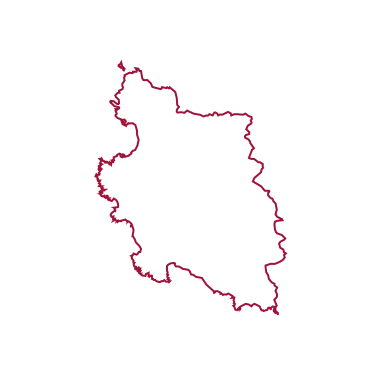 Nossa Senhora Do Monte, Brava, Cabo Verde (Mercator projection), rotated 336°
{"feature_id": "66160863B40523802781782", "entity_name": "Nossa Senhora Do Monte", "entity_type": "district", "adm_level": 2, "iso_a3": "CPV", "parent_name": "Cabo Verde", "parent_adm1": "Brava", "projection": "mercator", "projection_center": [-24.736, 14.849], "detail": "fine", "context": "isolated", "style": "outline", "palette": "rose", "viewbox_px": 384, "rotation_deg": 336, "n_neighbors": 0, "source": "geoboundaries", "source_scale": "gbopen_adm2", "svg_char_len": 6090}
<svg xmlns="http://www.w3.org/2000/svg" viewBox="0 0 384 384"><g transform="rotate(336 192 192)"><path d="M194.6,60.7L193.3,60.2L193.0,57.4L190.8,56.0L191.2,58.4L190.2,59.6L187.1,58.1L186.9,59.0L185.9,59.1L183.3,57.6L177.8,57.9L177.7,59.0L176.4,60.0L175.8,62.7L172.3,64.9L171.5,66.9L171.6,68.2L170.3,69.8L166.5,69.8L166.2,71.8L164.3,71.2L161.2,72.5L161.2,74.4L162.6,77.9L161.4,81.3L160.6,81.7L159.4,81.1L157.3,77.2L154.8,75.7L154.0,76.3L154.0,77.1L154.7,77.1L154.3,77.6L156.1,82.1L159.7,84.8L159.7,85.6L158.8,86.2L156.0,85.2L156.3,86.6L155.2,86.7L155.1,89.9L153.5,90.5L153.1,91.3L154.0,94.1L158.0,98.0L159.6,98.3L160.3,99.8L160.2,100.7L158.7,101.5L156.5,98.3L156.2,101.8L158.6,104.6L159.0,103.6L160.7,104.0L161.8,103.1L163.0,104.1L165.8,105.0L167.5,107.9L166.7,113.6L165.1,117.4L164.5,122.7L161.0,127.4L157.3,130.4L154.3,130.4L152.5,131.2L152.5,131.8L151.2,132.7L150.1,132.5L149.0,133.1L145.2,132.6L145.2,130.6L144.3,130.3L143.9,128.6L143.5,132.0L142.5,132.0L141.2,130.6L142.2,128.4L141.3,127.5L140.7,128.0L139.7,127.4L138.1,128.0L138.0,128.6L134.6,128.4L134.0,130.2L133.0,130.4L133.5,131.5L132.7,131.8L131.6,131.0L131.8,132.5L130.6,132.0L129.2,134.1L128.8,132.2L128.2,133.4L127.7,133.1L128.1,132.0L126.6,129.7L126.0,129.6L125.9,130.4L124.4,129.6L124.6,128.3L123.4,127.6L123.1,125.0L122.5,125.7L122.0,124.3L121.0,124.1L121.9,126.8L119.7,128.2L121.0,129.9L119.7,129.9L119.7,130.5L118.9,130.5L118.7,131.0L118.3,130.3L117.5,130.3L117.1,131.0L118.2,133.1L116.7,132.4L115.9,133.1L115.9,134.0L117.6,134.8L114.7,136.6L115.0,137.5L114.4,137.8L115.1,138.9L113.3,137.9L112.0,138.8L111.7,137.1L110.2,138.5L111.6,139.9L111.0,141.7L112.2,142.3L110.8,142.1L110.6,143.4L112.4,144.1L111.4,144.5L111.8,145.1L110.5,146.2L111.5,147.6L109.5,148.8L112.2,150.2L111.0,150.5L110.8,151.3L111.9,152.1L110.9,152.7L111.5,153.6L113.6,154.6L112.1,154.9L111.0,154.1L109.3,154.5L108.7,153.9L107.6,154.3L107.7,155.2L109.8,155.0L109.6,155.9L110.6,156.1L108.9,156.6L107.2,156.3L107.7,156.8L107.4,158.3L108.5,159.6L110.2,159.7L109.8,160.5L110.5,162.0L112.3,160.7L113.1,161.0L113.4,161.7L112.2,163.0L113.8,164.0L112.3,164.4L112.3,165.0L112.7,165.4L113.2,164.6L113.7,164.8L114.0,166.6L115.1,167.6L118.0,166.2L119.5,168.7L119.8,171.4L119.3,174.0L118.2,175.7L114.4,174.6L115.0,175.3L114.3,175.8L114.7,177.2L114.0,178.3L112.9,177.8L109.7,178.7L108.3,179.9L108.3,181.9L110.3,182.3L108.9,184.4L110.5,184.9L108.6,186.2L110.7,186.2L111.5,187.7L111.1,188.3L112.4,188.0L112.1,189.0L113.4,188.7L115.4,189.8L115.6,189.4L120.1,190.1L120.6,191.9L121.4,192.4L121.1,192.9L121.7,192.6L123.1,194.6L123.8,196.8L123.7,197.8L122.5,197.8L122.3,198.3L123.4,198.1L123.6,198.7L123.2,202.9L119.7,208.2L120.1,208.4L120.5,212.5L120.2,215.0L122.0,219.9L122.3,223.3L120.2,225.8L119.0,225.2L116.6,226.7L115.7,226.6L113.6,224.5L112.8,225.4L110.6,225.6L111.1,226.2L110.0,228.0L110.7,230.8L109.9,232.2L110.7,233.3L109.4,233.9L109.0,236.3L110.5,237.6L110.2,238.2L109.3,238.1L108.8,239.4L109.6,240.1L112.7,239.2L112.9,240.1L111.6,239.6L111.0,240.3L113.7,240.9L113.2,241.8L110.2,242.2L110.7,243.4L112.3,243.6L110.9,244.8L111.7,246.1L112.5,246.1L112.0,247.0L112.9,248.3L115.4,249.7L116.7,248.2L119.5,248.2L118.6,249.7L119.0,250.6L118.0,251.5L118.4,252.1L120.6,251.7L121.3,252.1L120.2,255.3L121.1,255.7L121.2,256.7L122.5,257.3L123.4,259.2L125.9,261.3L127.9,261.0L129.3,261.7L130.9,261.2L131.6,263.2L133.8,264.3L134.2,265.1L135.4,264.6L134.5,264.2L135.6,263.0L134.3,261.9L135.7,261.0L134.9,260.2L135.1,259.0L136.5,257.9L135.7,257.1L137.1,255.5L137.1,253.7L139.0,249.5L140.3,248.8L143.2,248.5L146.7,249.4L147.4,250.4L146.7,251.2L147.0,253.4L149.9,254.9L152.5,258.6L156.9,261.5L157.7,263.5L157.6,267.0L159.5,268.2L161.1,271.1L166.1,274.6L167.5,282.6L171.6,291.6L171.2,293.1L172.1,293.1L173.0,292.2L175.0,293.0L177.2,295.7L176.6,296.6L177.6,296.8L178.4,298.7L179.7,298.5L181.5,299.7L183.8,299.5L186.7,303.4L186.3,304.1L186.8,304.7L185.7,305.0L187.7,305.7L185.8,308.1L185.9,309.8L184.9,310.7L185.6,311.7L184.8,312.7L183.5,312.8L184.0,313.8L183.7,317.0L185.1,318.3L187.0,317.2L187.1,318.4L187.6,317.8L188.3,318.7L188.8,318.1L188.6,316.8L189.4,316.4L195.5,316.0L198.1,317.9L199.8,320.6L201.4,319.7L203.6,319.6L207.2,323.9L207.4,328.4L208.9,329.1L209.0,329.8L212.9,330.3L214.0,329.1L215.4,328.9L216.0,329.7L216.1,331.7L216.9,329.9L219.1,329.4L220.4,330.2L220.5,331.0L218.4,333.5L218.3,334.4L219.0,336.4L220.3,337.0L220.9,339.2L221.2,337.4L219.9,334.4L221.4,331.2L223.2,330.2L223.3,323.9L226.5,322.6L227.4,321.6L228.1,319.6L228.1,316.3L230.9,313.9L229.4,310.9L230.0,309.3L228.0,306.9L226.9,302.7L227.7,298.8L227.2,295.3L229.0,289.5L229.3,289.1L234.6,289.6L238.6,291.4L243.0,291.5L247.1,291.1L250.1,289.6L250.4,287.1L252.8,286.2L251.5,284.6L252.0,281.7L249.9,278.7L250.6,274.5L252.5,273.4L256.6,273.1L258.3,272.4L256.5,267.7L253.1,264.6L252.4,262.9L252.6,260.0L254.1,255.2L255.6,252.9L257.8,252.9L263.2,254.6L263.1,253.2L261.8,252.7L261.9,251.8L259.8,249.5L259.2,246.4L262.3,242.6L263.7,236.5L262.7,233.9L262.7,230.8L261.4,229.6L260.2,226.1L261.0,224.0L262.8,223.1L262.9,222.3L259.0,220.4L257.5,215.0L251.9,207.1L254.8,204.5L263.0,202.1L264.8,199.6L266.8,198.8L267.0,197.2L268.0,195.3L266.4,192.7L264.6,191.7L262.3,187.2L259.4,185.7L257.8,184.1L264.0,177.9L266.4,177.2L265.2,171.2L265.5,169.4L264.8,166.6L262.7,164.1L262.8,162.9L264.2,161.9L267.8,162.3L268.7,160.6L267.1,156.7L270.0,154.1L274.0,153.5L274.7,152.7L274.8,150.5L276.2,149.8L276.8,147.7L274.5,145.5L272.6,142.1L269.9,142.1L264.2,138.9L261.4,138.0L259.1,138.1L259.4,136.0L257.5,133.5L251.4,133.7L248.8,132.6L247.1,132.7L247.0,130.7L245.8,129.0L244.8,128.5L242.0,130.4L239.5,128.0L237.5,128.7L236.1,127.9L233.1,127.6L231.0,124.9L225.4,121.1L220.6,115.6L217.3,116.6L214.7,114.8L211.0,113.5L210.7,112.5L211.7,110.6L214.7,109.0L213.9,106.5L216.3,99.9L217.4,93.8L214.3,87.5L213.8,88.1L213.0,87.9L212.0,86.2L210.9,86.7L207.2,84.0L206.4,85.1L205.1,85.2L198.6,80.0L198.6,76.0L196.8,71.6L193.2,70.1L192.8,68.0L194.6,60.7ZM179.3,48.8L180.1,44.8L178.6,45.9L176.6,46.2L176.2,47.2L178.0,48.7L177.0,48.6L177.6,49.7L179.3,50.3L178.8,52.7L179.2,53.2L180.5,52.0L179.3,48.8Z" fill="none" stroke="#9f1239" stroke-width="2"/></g></svg>